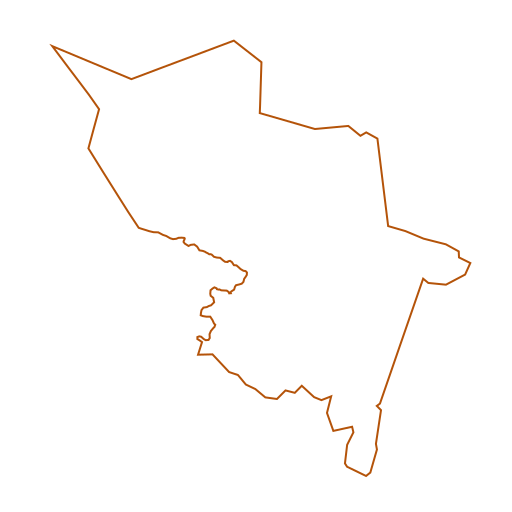 outline of Randolph, West Virginia, United States of America, rotated 93°
{"feature_id": "52423323B54631605576846", "entity_name": "Randolph", "entity_type": "district", "adm_level": 2, "iso_a3": "USA", "parent_name": "United States of America", "parent_adm1": "West Virginia", "projection": "orthographic", "projection_center": [-79.767, 38.752], "detail": "fine", "context": "isolated", "style": "outline", "palette": "amber", "viewbox_px": 512, "rotation_deg": 93, "n_neighbors": 0, "source": "geoboundaries", "source_scale": "gbopen_adm2", "svg_char_len": 2127}
<svg xmlns="http://www.w3.org/2000/svg" viewBox="0 0 512 512"><g transform="rotate(93 256 256)"><path d="M57.1,470.4L61.4,466.8L77.2,453.6L88.7,443.9L103.7,431.3L117.6,420.4L137.3,424.7L157.3,429.0L180.3,413.0L203.9,396.4L219.0,385.7L234.0,374.6L234.9,371.3L235.8,367.7L236.8,363.9L237.6,359.5L237.5,354.9L239.8,350.0L240.7,346.7L242.8,342.6L243.5,339.8L243.0,336.6L241.9,334.3L241.6,331.3L241.7,328.6L242.1,328.1L243.4,328.3L244.2,328.8L245.7,329.1L247.3,327.8L249.5,323.9L248.3,321.8L247.7,318.3L249.7,315.3L253.3,312.8L253.7,309.4L254.4,307.2L255.0,306.2L255.8,304.3L256.7,302.8L256.6,301.3L257.0,300.2L259.0,297.9L259.6,295.1L259.7,291.7L262.2,288.5L263.4,286.6L263.5,284.0L262.7,283.5L262.2,281.7L263.3,279.8L266.3,277.6L266.4,275.0L268.2,272.7L269.8,270.8L271.4,267.8L271.6,265.6L272.9,264.2L275.4,264.2L277.4,265.3L279.4,266.6L282.5,267.2L284.4,268.8L285.3,271.3L286.2,274.4L287.8,275.4L290.7,276.1L292.6,278.7L293.8,279.7L294.5,279.3L294.7,280.8L293.4,281.4L292.1,283.4L292.1,285.6L292.1,288.9L291.3,290.7L291.5,291.5L291.2,293.3L290.3,293.7L289.5,295.9L290.7,297.6L292.6,299.6L296.1,299.7L298.1,299.2L300.0,296.5L304.4,295.4L307.6,298.3L308.4,300.5L309.6,302.4L310.3,305.8L312.9,307.6L315.8,308.0L318.1,308.1L318.8,305.9L319.2,302.2L319.0,298.5L322.3,296.1L325.6,294.4L326.8,293.1L329.1,293.8L330.0,294.7L333.2,297.1L336.5,298.3L340.3,297.9L342.3,299.0L342.7,301.8L341.7,303.8L339.5,306.5L339.2,308.4L340.0,310.3L342.0,310.2L343.1,308.1L344.8,305.4L357.6,308.7L356.5,294.3L373.3,276.8L375.8,267.8L384.9,259.4L388.9,249.7L396.7,239.3L397.7,227.6L388.7,219.5L390.6,210.1L383.2,203.5L393.9,190.6L396.5,183.1L392.2,173.6L409.0,176.9L426.6,169.6L421.5,151.1L427.0,149.5L439.8,155.1L458.5,156.3L461.7,154.0L469.9,134.6L466.3,130.5L442.9,125.1L437.3,126.4L403.4,123.1L399.4,127.5L396.9,124.5L335.7,106.9L269.9,87.9L273.9,82.5L274.7,64.8L263.6,46.2L251.8,41.6L246.8,53.2L240.8,53.8L234.4,67.0L229.9,89.6L223.3,108.1L219.2,125.6L132.4,140.9L126.8,152.4L130.5,158.0L121.3,170.6L126.1,203.8L113.1,259.7L105.5,259.8L62.2,260.7L42.1,289.4L74.3,363.2L85.9,389.7L57.1,470.4Z" fill="none" stroke="#b45309" stroke-width="2"/></g></svg>